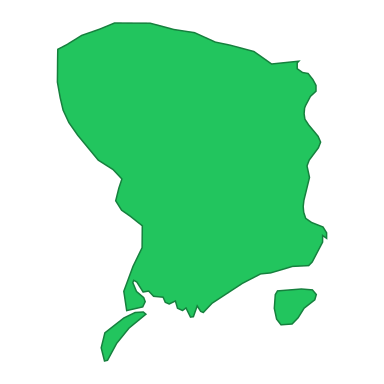 Paechon, Hwanghae-namdo, North Korea (orthographic projection)
{"feature_id": "82179303B51934598994225", "entity_name": "Paechon", "entity_type": "district", "adm_level": 2, "iso_a3": "PRK", "parent_name": "North Korea", "parent_adm1": "Hwanghae-namdo", "projection": "orthographic", "projection_center": [126.283, 37.948], "detail": "fine", "context": "isolated", "style": "filled", "palette": "green", "viewbox_px": 384, "rotation_deg": 0, "n_neighbors": 0, "source": "geoboundaries", "source_scale": "gbopen_adm2", "svg_char_len": 1534}
<svg xmlns="http://www.w3.org/2000/svg" viewBox="0 0 384 384"><path d="M305.6,105.5L310.4,96.4L316.0,91.2L316.0,85.4L312.9,79.6L308.1,73.5L302.5,72.5L297.2,68.7L297.2,62.9L298.8,61.2L271.6,64.0L253.9,51.5L230.2,45.2L215.3,42.1L194.6,32.7L173.8,29.5L150.1,23.2L129.3,23.1L114.5,23.0L99.5,29.2L81.7,35.4L66.7,44.7L57.8,49.3L57.7,54.0L57.6,60.2L57.5,72.7L57.4,82.1L60.2,97.7L63.1,110.1L68.9,122.6L77.7,135.2L98.3,160.2L113.1,169.6L121.9,179.0L118.8,188.3L115.7,200.8L121.6,210.2L130.5,216.4L142.3,225.8L142.1,247.7L133.0,266.4L123.8,291.3L126.7,310.6L128.3,310.2L142.7,306.9L145.2,301.7L143.7,297.6L136.5,291.5L132.8,282.7L133.7,280.3L136.8,282.0L143.1,292.0L148.7,291.1L153.6,296.3L163.1,297.2L165.3,302.3L169.2,304.0L175.4,301.0L177.5,308.2L182.5,310.5L186.0,308.0L190.5,317.1L193.4,316.7L197.2,305.9L200.7,311.4L203.3,312.5L208.1,307.4L212.1,303.2L242.3,283.4L260.6,273.9L270.6,272.9L292.5,266.4L308.7,265.6L312.2,262.0L322.3,242.7L322.6,242.1L322.6,235.5L326.6,238.3L326.6,232.8L323.0,227.0L311.6,222.5L305.7,218.4L303.7,212.3L303.2,206.5L303.9,200.3L309.5,177.5L307.0,165.9L309.2,160.1L318.4,147.8L320.6,142.1L318.1,136.3L308.7,125.0L304.9,119.2L304.1,113.7L304.6,108.0L305.6,105.5ZM292.1,324.0L298.1,317.8L304.1,308.2L314.8,299.8L316.3,294.5L312.4,289.9L301.4,289.0L277.5,290.9L275.3,294.6L274.3,308.3L276.6,319.1L281.0,324.8L292.1,324.0ZM107.5,360.3L116.7,343.3L129.1,328.0L145.9,314.2L143.3,312.0L135.1,312.5L123.8,318.0L104.9,332.8L101.2,347.8L104.5,361.0L107.5,360.3Z" fill="#22c55e" stroke="#15803d" stroke-width="1.5"/></svg>